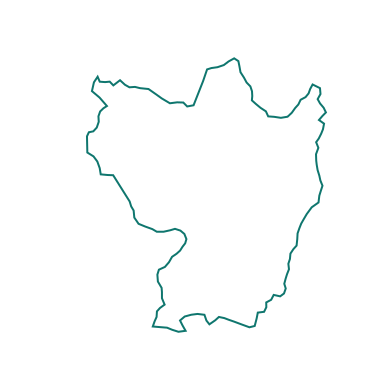 Iporã do Oeste, Santa Catarina, Brazil, rotated 106°
{"feature_id": "56859067B29932927337968", "entity_name": "Iporã do Oeste", "entity_type": "district", "adm_level": 2, "iso_a3": "BRA", "parent_name": "Brazil", "parent_adm1": "Santa Catarina", "projection": "natural_earth1", "projection_center": [-53.489, -27.013], "detail": "fine", "context": "isolated", "style": "outline", "palette": "teal", "viewbox_px": 384, "rotation_deg": 106, "n_neighbors": 0, "source": "geoboundaries", "source_scale": "gbopen_adm2", "svg_char_len": 2148}
<svg xmlns="http://www.w3.org/2000/svg" viewBox="0 0 384 384"><g transform="rotate(106 192 192)"><path d="M121.5,83.2L114.7,82.7L109.9,86.4L105.7,84.9L100.4,83.9L95.6,83.4L89.9,83.9L87.8,89.8L82.8,87.5L78.6,85.2L74.7,88.7L71.6,93.3L68.1,96.8L62.4,95.5L56.9,97.6L55.4,105.7L60.4,106.8L65.1,107.1L69.5,109.0L73.4,113.0L78.6,113.9L82.9,116.0L88.3,117.9L93.3,120.9L96.2,127.0L97.1,133.8L98.3,139.6L94.1,143.2L92.2,149.3L89.7,155.0L87.4,159.7L83.2,160.5L78.6,162.1L74.4,165.0L71.7,169.7L67.7,173.6L63.5,178.4L58.2,181.0L53.4,183.5L51.9,188.3L56.4,192.8L61.2,196.4L65.0,201.9L67.5,207.5L70.0,211.3L82.2,211.9L108.2,214.4L111.1,220.2L108.4,225.0L109.9,231.0L112.8,237.7L110.4,246.8L107.8,254.1L105.0,262.2L106.5,270.6L106.7,275.8L108.6,281.0L107.4,286.0L104.4,292.0L111.2,297.0L108.6,301.5L110.3,305.8L111.4,311.1L107.2,314.5L113.6,316.5L122.6,316.0L126.7,306.9L132.8,297.5L135.9,300.2L139.9,302.5L145.0,302.8L150.2,301.0L156.3,301.3L160.9,303.6L163.0,307.6L167.4,308.3L182.9,303.5L184.9,296.5L188.8,291.4L194.5,287.3L200.2,284.6L198.9,277.7L197.6,272.4L218.3,249.3L222.6,246.5L225.9,243.0L232.5,240.4L237.3,234.6L238.1,227.5L238.6,219.9L239.9,214.9L238.1,208.5L234.8,202.4L232.1,198.2L232.3,192.5L234.4,187.8L238.8,184.4L243.2,184.4L247.2,186.0L251.6,187.3L255.6,189.8L259.8,193.3L265.9,194.8L271.5,197.4L275.8,202.4L281.0,202.5L287.5,200.1L292.5,194.8L296.5,193.3L302.4,191.6L307.8,187.3L312.3,190.8L316.4,192.8L321.9,191.6L326.7,192.3L332.1,192.6L330.5,184.5L329.3,178.6L329.9,173.1L330.1,166.5L327.2,159.9L323.0,164.2L318.8,168.1L313.7,164.7L310.2,158.9L307.7,153.1L306.6,146.2L311.6,142.7L314.4,138.8L308.9,134.3L304.7,131.7L304.3,126.2L304.7,121.4L305.0,115.8L305.6,108.2L306.2,99.5L303.5,94.8L295.8,95.0L289.8,95.5L287.3,89.7L282.3,88.8L277.7,90.2L273.8,86.2L268.4,85.1L268.0,78.5L264.2,75.6L258.9,75.3L254.8,78.0L249.5,78.1L244.9,78.0L239.5,77.5L234.4,79.6L229.4,79.4L224.1,80.4L219.0,78.8L214.7,76.7L208.4,77.8L202.7,79.1L197.2,78.8L192.2,78.3L186.9,77.0L181.5,75.6L173.7,72.7L167.2,67.5L160.4,68.6L155.7,68.5L150.0,68.3L145.5,71.8L141.2,74.1L136.3,77.3L131.5,79.6L127.7,81.2L121.5,83.2Z" fill="none" stroke="#0f766e" stroke-width="2"/></g></svg>